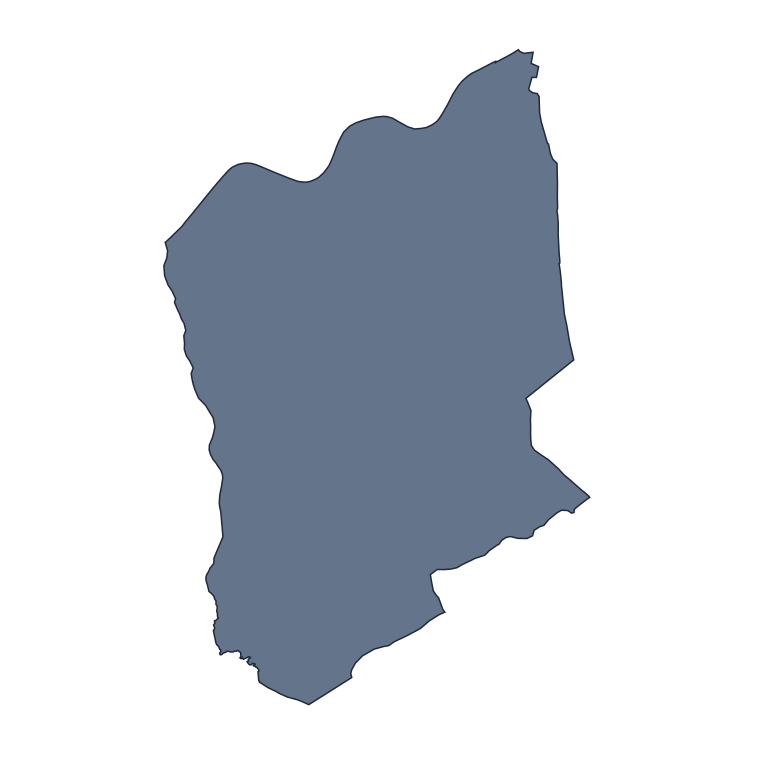 the district of Oteapan, Veracruz, Mexico, rotated 347°
{"feature_id": "50627088B13566267376953", "entity_name": "Oteapan", "entity_type": "district", "adm_level": 2, "iso_a3": "MEX", "parent_name": "Mexico", "parent_adm1": "Veracruz", "projection": "albers", "projection_center": [-94.678, 17.988], "detail": "fine", "context": "isolated", "style": "filled", "palette": "slate", "viewbox_px": 768, "rotation_deg": 347, "n_neighbors": 0, "source": "geoboundaries", "source_scale": "gbopen_adm2", "svg_char_len": 4970}
<svg xmlns="http://www.w3.org/2000/svg" viewBox="0 0 768 768"><g transform="rotate(347 384 384)"><path d="M590.1,88.5L582.9,91.0L572.7,93.8L565.4,95.7L565.2,95.8L565.5,95.0L565.5,94.7L561.6,95.5L548.4,98.9L539.5,101.0L534.7,102.9L528.7,106.2L523.7,109.9L516.3,117.1L508.6,126.3L501.5,133.9L497.4,137.9L494.8,139.8L492.3,141.1L489.1,142.3L483.1,143.6L478.2,143.4L471.2,142.4L465.1,138.8L457.4,131.9L452.1,126.9L446.8,124.0L443.2,123.0L436.6,122.2L434.4,122.1L423.9,122.3L422.7,122.4L417.3,123.0L415.4,123.2L408.7,125.0L401.4,129.4L395.0,136.8L391.9,141.1L391.5,141.6L386.4,149.5L382.4,155.1L379.8,158.6L376.9,161.2L372.7,164.6L367.2,167.8L363.7,169.0L358.0,170.0L353.4,169.8L348.0,168.2L344.5,166.5L338.1,162.3L337.7,162.1L328.0,155.3L323.0,151.8L319.3,149.1L312.8,144.4L308.6,141.5L305.9,140.0L304.1,139.1L301.0,138.1L300.1,137.9L298.2,137.5L291.9,137.2L287.9,137.9L284.3,138.9L280.4,140.9L274.3,145.2L267.7,150.0L263.1,153.4L252.6,161.5L247.9,165.2L240.8,170.7L234.5,175.6L231.7,177.7L226.4,181.8L222.4,185.1L215.3,189.4L204.1,196.1L202.7,196.7L203.1,205.5L200.9,212.0L197.0,217.9L196.1,219.3L195.4,223.8L194.6,229.2L195.3,234.6L195.9,239.1L198.4,245.7L200.1,254.0L198.2,257.3L199.5,264.9L200.6,269.7L201.2,275.0L202.8,279.8L202.9,287.2L199.8,292.0L198.8,299.5L197.7,303.5L197.2,305.4L197.8,312.3L200.0,318.1L201.7,325.5L198.5,330.4L198.1,335.4L198.0,341.0L198.4,346.2L199.2,351.0L200.1,356.0L203.6,361.8L205.5,365.0L207.2,370.4L208.7,374.8L209.9,378.4L209.8,383.3L209.7,387.4L208.2,390.9L205.0,397.3L202.1,401.4L200.1,404.3L198.8,408.9L199.1,413.8L200.5,419.2L202.5,423.2L203.9,427.1L205.6,431.2L206.2,435.8L205.7,439.4L202.7,447.1L199.2,454.7L197.1,461.4L196.6,464.0L196.3,465.7L196.2,471.9L194.7,482.5L192.7,496.7L181.2,512.5L179.1,515.6L178.5,518.2L177.9,520.1L177.0,521.2L173.3,524.1L170.6,527.6L168.6,529.6L167.4,531.5L166.8,533.0L166.4,535.6L166.7,539.5L166.8,544.2L166.7,546.4L167.2,547.4L168.1,548.3L169.5,550.5L170.6,553.1L170.6,555.4L171.5,557.5L171.0,559.7L170.7,561.2L171.5,562.6L170.8,565.5L169.8,568.0L170.1,569.8L169.5,572.8L169.8,574.9L168.2,575.7L166.9,576.5L165.5,576.7L165.3,577.7L165.6,578.6L164.9,579.5L163.7,580.4L163.8,581.1L164.0,582.6L164.2,583.6L163.5,584.9L162.3,585.7L162.0,597.7L162.1,598.9L162.3,600.4L162.9,601.0L163.9,603.0L164.2,605.5L164.9,605.9L165.0,606.8L164.7,608.0L163.8,608.7L163.2,609.7L163.4,610.7L164.0,611.2L165.3,611.0L166.8,610.1L167.8,609.9L169.5,609.8L171.2,609.1L172.2,609.4L173.5,610.2L175.3,610.9L176.9,611.1L178.6,610.6L179.5,611.1L180.1,611.3L181.4,610.6L182.2,611.1L182.5,612.0L183.4,612.9L184.0,613.9L183.6,614.8L183.4,616.9L183.0,617.7L182.1,618.3L182.3,619.1L183.2,619.5L183.8,619.3L184.4,618.6L184.7,619.9L185.1,620.6L186.2,620.3L189.5,619.7L191.0,619.2L192.1,620.0L192.3,620.8L192.0,620.9L191.2,620.7L190.8,621.3L189.8,621.8L189.8,623.5L189.2,623.6L188.6,623.4L188.1,623.6L188.4,624.5L189.0,626.2L189.9,627.3L190.9,627.7L192.2,627.5L192.8,626.5L194.4,627.2L195.3,627.6L195.3,628.2L194.1,628.4L193.3,629.1L193.7,629.6L194.8,629.7L195.2,630.8L196.7,631.8L196.7,632.7L197.1,633.1L197.5,634.0L197.7,635.4L197.6,635.5L196.5,636.0L195.2,645.0L196.0,645.9L195.7,646.6L197.9,648.9L202.7,653.8L209.2,659.0L213.3,662.7L219.9,667.6L228.8,672.3L233.4,675.5L238.6,679.5L264.1,670.6L286.6,662.7L286.5,658.6L288.3,655.1L293.4,649.5L301.9,644.0L314.9,640.1L324.6,639.7L329.7,640.0L336.0,637.4L352.2,633.8L352.4,633.7L364.8,630.3L375.0,624.9L386.1,621.1L392.0,620.0L390.6,617.0L389.1,604.5L387.5,601.8L385.5,596.7L385.8,588.1L386.3,580.1L389.1,578.9L394.1,576.7L401.1,578.4L401.9,578.5L407.5,579.4L413.8,579.4L419.1,577.7L426.5,576.0L428.2,575.7L433.5,574.4L440.8,573.7L443.1,573.5L443.8,573.4L449.2,570.0L455.5,567.4L457.3,566.7L460.1,565.9L463.7,562.7L468.9,560.9L472.9,561.1L478.7,564.0L480.3,564.7L488.5,566.7L494.5,565.4L497.4,560.3L503.9,558.0L508.1,557.7L510.8,555.5L514.2,553.0L518.6,550.9L523.6,548.4L528.7,546.9L534.4,548.6L535.1,549.2L537.6,552.0L540.3,551.9L541.1,549.0L542.8,548.1L546.9,546.0L554.4,542.6L557.3,541.3L558.3,541.0L558.9,540.8L558.7,540.3L558.2,539.2L555.1,534.8L552.9,532.2L549.7,527.7L544.4,520.3L542.7,518.0L541.2,516.0L538.8,512.8L534.4,505.1L533.9,504.5L527.2,494.9L520.7,488.0L515.7,482.3L514.9,480.1L513.8,477.2L514.5,471.1L515.6,465.6L517.3,458.6L518.2,453.9L518.6,451.9L519.3,449.5L521.2,442.8L520.1,435.5L519.1,429.9L520.3,429.3L528.6,425.3L545.7,417.0L574.3,403.2L574.3,401.5L574.3,393.2L574.3,383.5L574.6,379.2L575.3,367.4L575.3,365.5L575.5,355.9L576.0,352.5L577.5,340.4L579.2,327.0L579.6,325.6L581.1,313.5L581.7,305.8L582.6,305.6L583.3,301.8L584.0,296.5L584.4,294.1L587.4,277.2L590.0,266.3L591.1,258.9L591.5,253.9L592.7,251.8L594.6,242.6L594.6,242.3L595.2,239.8L598.3,226.9L600.3,217.0L602.2,208.0L599.0,202.9L598.0,196.8L598.3,187.0L597.4,186.5L596.2,163.9L596.6,154.9L599.8,138.8L598.6,135.5L594.3,133.6L592.2,131.2L591.2,129.4L597.1,118.5L601.5,119.6L606.0,109.6L599.5,104.7L603.9,94.3L594.8,93.3L591.3,90.7L590.1,88.5Z" fill="#64748b" stroke="#1e293b" stroke-width="1.5"/></g></svg>